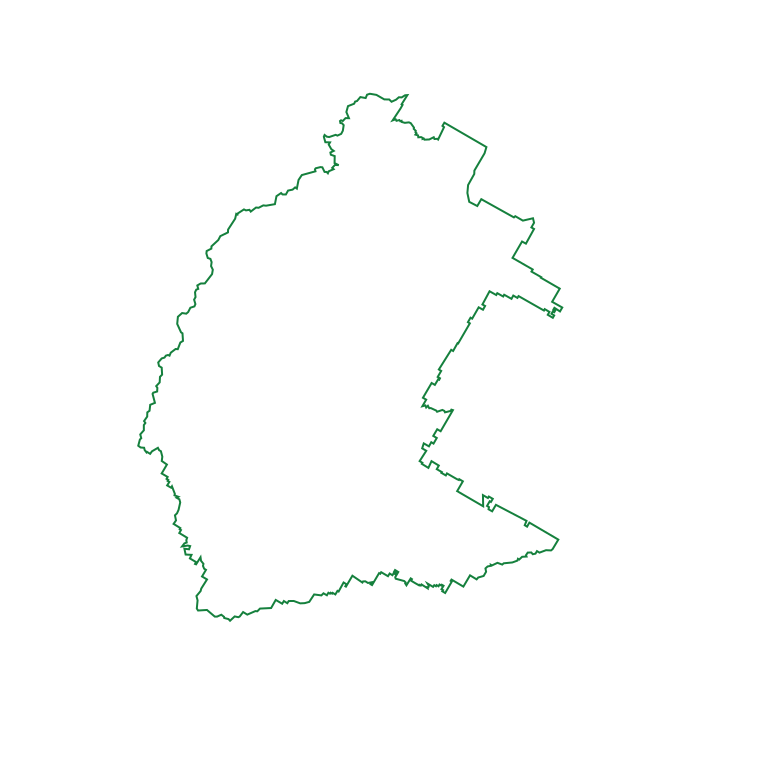 Liverpool Plains, New South Wales, Australia, rotated 111°
{"feature_id": "25037944B45289981242640", "entity_name": "Liverpool Plains", "entity_type": "district", "adm_level": 2, "iso_a3": "AUS", "parent_name": "Australia", "parent_adm1": "New South Wales", "projection": "mercator", "projection_center": [150.406, -31.47], "detail": "fine", "context": "isolated", "style": "outline", "palette": "green", "viewbox_px": 768, "rotation_deg": 111, "n_neighbors": 0, "source": "geoboundaries", "source_scale": "gbopen_adm2", "svg_char_len": 6166}
<svg xmlns="http://www.w3.org/2000/svg" viewBox="0 0 768 768"><g transform="rotate(111 384 384)"><path d="M152.4,376.1L132.6,372.8L126.1,373.3L118.4,421.3L122.1,421.9L122.7,420.0L136.4,421.1L136.0,422.1L137.2,424.7L135.8,426.0L139.5,429.4L141.4,433.8L140.6,434.8L141.4,435.8L140.4,436.1L140.2,437.8L141.4,440.4L139.7,441.3L139.9,444.0L138.2,443.5L137.6,444.9L136.3,445.0L135.1,447.7L133.9,447.9L130.9,452.5L130.8,454.5L132.7,458.1L133.0,461.2L132.0,461.9L132.9,462.9L132.1,464.2L133.8,466.7L132.7,468.0L134.8,470.4L120.9,467.3L116.8,466.7L116.6,467.8L105.9,465.7L106.9,467.8L110.1,470.2L111.0,472.9L114.2,474.6L117.8,478.1L116.5,481.1L118.2,485.7L116.8,494.7L118.1,501.2L120.0,503.5L123.6,503.6L124.6,508.9L129.5,510.6L130.7,512.2L133.0,512.3L137.5,517.2L143.6,516.6L148.4,512.0L149.6,515.2L153.2,516.7L153.2,518.6L154.3,519.3L156.0,518.2L155.6,516.7L156.8,514.4L162.3,513.2L165.8,513.6L168.8,516.5L168.7,518.4L173.1,523.7L173.6,526.1L172.8,528.7L174.7,528.8L179.3,525.4L177.8,521.0L180.3,521.4L183.6,517.4L184.4,514.5L187.1,517.0L189.0,515.8L188.9,511.7L195.5,509.3L195.9,504.7L197.1,508.3L200.8,509.8L201.5,508.0L205.2,511.8L207.4,511.9L206.6,513.5L207.3,515.5L203.8,519.2L204.3,521.1L207.1,525.1L208.3,525.4L210.0,524.2L218.4,535.6L224.1,536.9L232.8,535.4L232.3,537.4L235.3,539.0L237.8,542.9L242.2,543.5L243.4,546.7L242.6,548.5L247.2,551.7L255.2,550.3L259.8,558.0L260.5,560.7L264.4,564.2L265.1,566.7L270.8,570.2L269.6,572.0L271.4,575.1L271.2,577.3L277.1,581.6L278.3,581.5L278.1,582.9L283.0,582.2L295.7,584.9L298.4,584.0L304.6,589.8L309.0,590.3L317.3,594.4L319.5,593.7L323.4,597.2L325.8,596.6L329.5,593.7L329.4,590.9L332.0,588.6L335.9,587.7L338.6,584.8L343.0,583.9L354.3,587.3L355.9,591.2L358.9,593.6L361.8,591.5L363.2,593.1L366.1,593.3L370.4,591.1L373.3,591.5L377.0,588.7L379.5,588.8L382.2,592.1L387.0,592.6L389.2,593.8L390.1,597.9L395.1,600.5L402.0,598.6L408.5,592.0L408.9,590.3L415.8,587.1L418.3,589.0L425.4,589.0L426.0,591.1L431.2,594.3L434.4,594.4L434.3,596.0L435.7,597.8L438.0,598.4L439.8,600.7L444.8,602.5L447.8,600.5L448.4,597.4L454.8,594.5L457.6,595.7L462.9,594.0L467.6,595.9L468.8,594.2L472.3,593.1L474.8,596.3L476.2,596.5L483.7,591.1L487.2,594.8L493.0,593.3L495.3,594.8L499.3,593.4L504.6,594.7L505.9,592.8L508.4,593.5L513.3,591.6L518.4,593.5L521.6,591.2L523.3,592.0L529.7,591.3L530.5,588.5L529.5,585.1L531.5,583.7L533.0,581.2L532.3,581.0L533.0,577.3L530.0,576.5L524.6,572.2L526.4,570.2L526.7,568.2L531.3,564.9L535.5,563.9L537.0,557.8L547.2,559.5L548.3,552.7L550.5,553.0L550.8,551.1L552.0,551.3L552.3,549.3L556.4,550.1L557.1,545.6L555.5,545.3L561.5,539.9L563.0,539.7L563.0,535.6L564.5,536.9L565.0,533.7L567.6,531.8L575.1,530.7L578.9,530.9L581.5,532.1L585.9,529.3L590.0,530.3L591.5,522.5L592.8,522.7L593.1,521.2L596.5,521.7L598.1,512.7L600.6,512.6L602.7,511.4L604.3,513.2L608.0,514.3L605.2,509.4L604.8,506.9L608.2,506.8L609.3,511.3L614.3,508.1L612.5,502.5L616.4,502.7L617.6,495.6L619.7,495.9L619.7,494.8L611.5,493.2L614.6,491.5L616.6,488.1L618.7,487.8L620.9,485.7L621.3,483.6L628.9,484.9L629.9,479.2L640.5,481.3L643.0,481.0L649.2,483.1L652.8,480.5L660.7,478.3L662.1,476.4L658.4,468.3L661.8,458.6L661.0,456.5L657.7,453.2L658.7,449.9L659.7,449.3L659.2,444.9L660.2,442.9L654.5,440.1L653.9,436.4L652.8,435.4L647.4,433.8L648.3,429.0L642.1,422.7L641.6,420.8L638.1,419.3L633.6,409.1L624.4,407.7L625.6,400.3L622.5,399.7L623.3,395.7L620.8,395.2L618.9,390.5L618.8,383.6L617.0,379.5L614.2,375.7L605.5,373.8L603.8,366.7L601.1,365.5L601.7,361.6L598.8,361.1L599.1,359.3L598.0,359.0L598.3,357.3L597.4,357.1L597.9,354.0L593.8,353.3L594.0,352.0L583.8,350.6L584.4,347.2L586.7,347.6L586.8,346.9L574.3,344.8L577.1,333.0L575.8,332.8L574.9,330.7L575.5,327.7L573.6,324.6L575.7,324.9L576.0,323.1L562.3,320.8L562.5,319.5L560.7,319.2L562.0,311.4L558.9,310.8L559.5,307.6L557.2,307.2L557.5,305.6L556.1,305.3L555.7,307.3L553.7,307.0L554.4,303.3L560.3,304.3L561.6,303.3L560.7,294.5L561.5,292.7L562.5,292.8L563.9,290.9L555.9,289.4L556.2,288.0L557.9,288.3L558.7,283.8L559.4,279.1L558.8,279.0L559.0,277.4L557.7,277.2L559.1,270.1L558.1,270.7L557.8,269.7L556.4,269.8L554.7,271.9L555.8,265.5L553.8,265.0L554.2,263.0L552.9,262.8L553.3,260.6L551.3,260.3L551.6,258.3L550.7,258.1L551.0,256.1L555.0,256.8L555.3,255.0L556.6,255.3L557.2,252.0L544.2,249.9L543.9,251.2L542.4,250.9L544.7,237.3L531.8,235.1L533.2,227.5L530.9,226.7L527.5,222.2L522.7,221.4L519.8,223.2L517.2,221.9L515.4,219.0L514.5,219.5L514.7,218.2L510.3,214.0L510.2,208.9L508.5,208.0L504.6,200.2L501.1,196.2L499.2,196.3L499.5,194.9L495.8,193.1L494.0,189.1L492.9,190.1L489.9,189.4L488.5,186.1L489.6,184.1L488.1,181.8L485.2,181.3L485.7,178.4L481.1,173.2L479.5,168.4L477.7,167.4L466.8,165.5L461.3,198.6L465.9,199.3L465.4,202.0L460.7,201.9L456.7,236.2L464.1,237.4L463.5,241.5L461.3,241.9L460.9,244.1L455.6,243.3L455.8,241.9L452.2,241.3L451.5,245.8L453.2,246.1L452.3,251.8L462.6,247.6L457.8,277.3L446.6,275.5L445.9,279.6L446.8,279.7L446.7,281.9L444.9,293.2L447.2,293.5L446.4,298.6L445.5,298.4L444.6,304.2L440.5,303.6L439.0,312.0L446.4,312.5L445.0,320.1L443.8,319.9L443.2,323.1L431.2,320.6L430.4,325.3L425.2,325.6L426.1,319.7L421.4,319.0L421.9,316.4L415.5,315.4L414.8,319.4L407.2,318.1L407.8,314.2L383.7,310.3L383.8,311.9L385.3,312.2L388.6,316.9L387.5,318.0L387.3,320.2L390.9,324.5L390.1,325.7L389.7,331.7L390.4,333.1L388.6,335.2L390.8,336.2L389.2,337.7L391.0,340.2L383.5,339.0L382.9,342.7L366.0,339.9L366.6,336.2L360.2,335.1L360.3,334.0L358.6,333.8L358.2,336.4L351.3,335.3L350.8,338.0L328.0,333.5L328.4,331.3L319.5,330.0L319.6,329.3L296.6,325.6L296.2,327.8L291.1,327.0L291.4,325.1L278.5,323.1L279.2,318.2L274.9,317.6L274.5,320.6L259.6,318.7L260.7,311.1L258.6,310.8L259.6,304.1L257.6,303.8L258.8,295.5L255.1,295.0L255.8,290.3L253.7,289.9L258.1,261.0L256.5,260.8L257.4,255.4L260.7,255.9L261.7,250.1L259.0,249.7L258.4,252.8L255.8,252.4L256.0,250.8L254.2,250.5L253.8,252.5L251.8,252.2L253.2,245.7L248.7,245.0L247.0,256.5L232.0,254.1L228.6,275.6L227.9,275.5L226.2,286.6L223.8,286.2L220.2,309.2L201.5,306.2L202.1,301.8L185.5,299.5L185.0,302.5L179.7,301.7L175.9,304.3L181.7,312.9L180.3,321.6L181.9,322.4L176.6,359.4L184.4,360.7L183.4,369.7L175.8,374.6L168.1,376.8L155.6,375.0L152.4,376.1Z" fill="none" stroke="#15803d" stroke-width="2"/></g></svg>